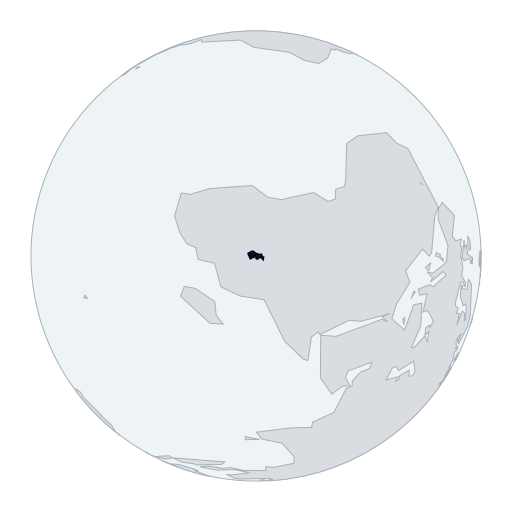 globe centered on Luapula, rotated 109°
{"feature_id": "ZMB-514", "entity_name": "Luapula", "entity_type": "Province", "adm_level": 1, "iso_a3": "ZMB", "parent_name": "Zambia", "parent_adm1": "", "projection": "orthographic", "projection_center": [29.278, -10.414], "detail": "fine", "context": "on_globe", "style": "filled", "palette": "ink", "viewbox_px": 512, "rotation_deg": 109, "n_neighbors": 0, "source": "natural_earth", "source_scale": "10m", "svg_char_len": 7767}
<svg xmlns="http://www.w3.org/2000/svg" viewBox="0 0 512 512"><g transform="rotate(109 256 256)"><circle cx="256" cy="256" r="225" fill="#eef3f6" stroke="#a8b0b8"/><path d="M32.8,225.6L32.4,230.4L34.3,233.1L34.8,241.7L34.2,248.1L35.7,248.4L35.8,252.2L45.6,252.7L53.6,259.7L55.3,273.3L52.6,291.2L59.4,326.0L56.9,340.9L62.5,355.0L71.5,377.1L69.2,378.3L76.3,386.8L80.3,393.8L80.6,395.8L86.2,402.5L86.6,403.9L90.3,407.3L99.3,417.4L106.3,423.5L114.9,431.3L119.5,434.6L119.8,435.1L122.2,437.0L125.2,439.2L122.6,437.6L110.0,427.6L98.1,416.7L87.0,405.0L76.8,392.5L67.5,379.4L59.2,365.6L51.9,351.3L45.6,336.4L40.4,321.2L36.3,305.6L33.3,289.8L31.4,273.8L30.7,257.7L31.2,241.6L32.8,225.6ZM129.8,441.8L123.9,438.5L126.0,439.7L120.6,435.5L126.2,438.6L129.8,441.8ZM116.8,430.5L114.6,427.5L116.1,428.2L118.0,430.5L116.8,430.5ZM463.5,168.2L463.5,169.6L464.7,173.1L461.6,167.0L462.3,172.2L471.8,197.7L473.2,204.2L472.0,213.0L471.1,208.0L463.0,191.6L464.9,206.6L471.2,223.3L473.5,240.4L470.1,232.8L467.4,217.8L464.5,211.5L462.8,198.1L455.7,176.8L452.1,178.2L450.0,170.4L439.7,152.7L433.2,154.6L424.5,170.7L427.2,190.7L422.5,198.4L407.1,166.9L400.0,147.7L394.6,148.4L378.7,131.5L351.6,127.4L347.7,122.7L342.6,124.3L331.4,119.1L325.3,111.8L318.6,111.9L334.8,131.5L342.0,131.7L347.9,125.0L351.1,132.1L361.9,139.4L350.3,155.4L309.9,169.0L305.9,154.1L274.6,116.0L275.4,112.1L275.3,111.6L274.9,110.8L272.2,117.2L266.7,110.4L283.6,135.6L286.5,147.1L309.4,169.9L307.3,172.2L314.6,177.2L337.9,172.9L338.1,177.9L327.2,201.2L294.7,234.1L299.0,258.1L296.6,279.0L276.3,292.9L278.1,309.6L267.7,315.6L267.0,325.2L258.6,335.7L244.6,346.0L220.7,347.2L219.2,338.3L207.3,321.7L190.6,282.4L196.6,263.9L194.4,250.3L177.2,222.2L181.0,205.8L176.4,199.6L166.9,202.3L161.5,195.1L155.8,195.6L120.0,206.9L109.3,199.0L96.9,172.8L103.5,160.0L105.0,147.3L150.6,99.5L159.9,100.0L195.4,91.1L199.8,92.0L195.2,100.8L221.6,109.7L230.5,101.9L254.8,107.4L271.1,107.2L277.7,91.3L250.8,91.1L246.6,83.8L268.4,77.5L291.9,79.3L290.9,76.6L276.4,70.2L282.1,66.0L271.4,67.9L275.5,70.5L268.9,72.1L264.8,69.8L267.0,68.2L260.0,67.1L251.4,76.1L254.6,79.8L236.1,82.0L239.7,88.5L234.6,91.9L226.5,82.2L227.6,78.6L212.3,70.0L209.5,73.8L223.8,82.5L219.2,82.0L215.5,88.4L214.7,83.2L199.9,73.8L183.4,78.0L161.8,95.8L152.3,98.8L144.6,97.5L153.1,81.6L173.4,76.8L176.7,72.2L173.1,67.3L179.6,66.6L180.6,64.3L188.3,62.9L199.7,56.6L207.7,55.3L212.7,49.3L217.4,48.1L213.1,51.7L214.3,54.0L234.1,52.4L238.1,51.1L239.8,47.6L245.0,48.0L244.1,45.0L255.7,43.7L240.8,43.0L242.3,40.0L249.6,37.9L247.4,37.1L235.6,40.7L233.2,42.5L235.5,44.0L226.9,50.0L220.0,51.5L218.9,45.6L209.0,47.5L212.5,43.0L242.4,34.2L254.6,33.1L273.6,36.1L270.5,37.2L262.1,36.5L269.4,39.3L269.0,38.0L273.4,38.7L275.9,37.0L279.1,37.5L276.2,35.3L280.4,35.8L282.2,37.1L289.6,36.0L298.5,37.2L298.7,36.8L296.3,36.0L309.2,38.7L308.7,38.3L304.3,37.2L300.5,36.0L298.8,35.1L303.4,36.0L304.6,36.4L314.0,39.3L316.5,40.9L318.2,41.3L317.1,40.2L305.6,36.6L303.3,35.9L309.3,37.4L306.9,36.7L307.2,36.7L311.8,37.8L305.5,36.2L321.4,40.4L336.9,45.8L352.1,52.2L366.7,59.8L380.7,68.4L394.0,78.0L406.7,88.5L418.5,99.9L429.4,112.2L439.5,125.2L448.5,139.0L456.5,153.3L463.5,168.2ZM134.6,121.0L133.3,124.7L134.6,121.0ZM316.8,90.5L330.8,92.6L324.3,82.8L329.1,83.0L325.1,79.9L323.8,82.1L314.0,74.1L319.9,72.4L318.1,68.9L313.3,68.1L304.0,72.7L317.9,83.8L314.8,87.2L316.8,90.5ZM178.8,55.6L181.2,56.1L177.9,58.8L167.9,62.3L172.5,58.4L178.8,55.6ZM185.4,56.5L187.1,50.7L193.4,48.9L189.6,50.8L193.5,50.1L188.5,53.1L192.8,57.8L190.2,60.6L173.1,64.5L180.1,61.4L177.3,60.8L185.4,56.5ZM180.3,45.1L181.1,44.2L193.7,41.1L191.5,42.4L181.4,45.5L178.0,45.9L180.3,45.1ZM210.4,35.4L210.2,35.4L207.7,35.9L210.4,35.4ZM204.1,36.8L202.0,37.3L200.6,37.6L198.0,38.4L197.4,38.5L193.1,39.7L196.0,39.0L177.5,44.8L204.1,36.8ZM205.1,88.5L208.5,88.6L213.9,87.8L211.7,92.1L205.1,88.5ZM194.7,82.1L197.8,81.3L197.4,86.3L193.8,86.5L194.7,82.1ZM200.0,76.9L198.1,80.8L197.0,78.8L200.0,76.9ZM216.1,51.1L219.5,50.3L219.7,51.1L217.6,52.5L216.1,51.1ZM249.1,30.8L250.2,30.8L245.2,31.2L242.8,31.2L243.9,31.1L243.2,31.1L249.1,30.8ZM272.9,93.9L268.0,96.8L265.6,95.3L267.8,94.6L272.9,93.9ZM238.2,93.8L246.0,95.6L237.5,95.0L238.2,93.8ZM250.2,30.9L249.2,30.9L252.2,30.9L250.2,30.9ZM351.0,401.5L351.6,405.1L348.5,404.9L351.0,401.5ZM334.6,277.6L318.5,314.3L308.0,313.9L306.4,302.6L312.6,280.1L324.9,274.4L331.1,264.8L334.6,277.6ZM478.1,292.6L477.8,295.4L477.6,296.4L478.1,292.6ZM478.7,287.0L478.7,289.4L478.3,289.0L478.7,287.0ZM478.6,290.9L478.6,290.4L478.6,290.5L478.6,290.9ZM478.4,285.7L475.1,278.2L473.1,272.7L474.1,269.5L477.4,275.0L478.4,285.7ZM474.0,269.2L470.1,254.3L460.9,218.4L464.3,220.7L473.1,244.8L472.7,247.6L475.0,258.6L474.0,269.2ZM480.5,237.8L480.8,242.1L481.2,252.3L481.0,259.8L480.4,269.3L479.1,264.3L478.2,260.9L477.6,247.1L478.0,241.4L478.9,243.1L479.5,227.8L479.9,231.3L480.5,237.8ZM428.2,192.9L433.2,206.3L430.3,207.5L428.2,192.9ZM478.5,221.0L478.7,222.3L478.4,220.4L478.5,221.0ZM466.8,179.0L466.0,178.5L464.9,175.4L465.3,174.3L466.8,179.0ZM289.7,33.3L285.7,33.1L286.1,33.8L291.2,35.0L282.3,33.6L281.7,32.5L289.7,33.3ZM443.4,381.0L440.3,382.6L441.8,378.0L446.3,372.0L457.2,349.8L457.2,351.0L463.2,337.1L468.0,331.7L470.2,325.7L463.0,344.9L454.0,363.4L443.4,381.0ZM480.2,278.0L480.3,276.8L481.0,266.5L481.3,259.6L480.2,278.0Z" fill="#d9dde1" stroke="#a8b0b8" stroke-width="1"/><path d="M253.3,252.6L253.2,252.4L253.1,252.2L253.0,251.9L252.8,251.8L252.6,251.7L252.4,251.5L252.5,251.4L253.0,251.1L253.4,250.8L254.0,250.2L254.5,249.5L254.7,249.2L254.7,248.8L254.5,248.5L254.5,248.4L257.2,248.0L257.0,248.3L256.9,248.4L256.9,248.5L256.7,248.5L256.4,248.7L256.3,248.9L256.3,249.0L256.2,249.0L256.1,249.3L256.0,249.7L255.9,250.1L255.7,250.2L255.6,250.3L255.5,250.6L255.4,250.6L255.3,250.8L255.6,250.9L255.6,251.0L255.8,251.0L256.0,251.2L256.1,251.3L256.3,251.4L256.2,251.6L256.3,251.8L256.3,252.0L256.2,252.0L256.2,252.3L256.3,252.5L256.5,252.6L256.8,252.8L257.0,253.0L257.4,253.1L257.5,253.1L257.8,253.2L258.0,253.2L258.1,253.3L258.2,253.5L258.3,253.6L258.5,253.7L258.5,253.8L258.5,254.0L258.4,254.3L258.5,254.6L258.4,254.8L258.3,255.2L258.2,255.3L257.9,255.2L257.7,255.2L257.6,255.3L257.3,255.5L257.2,255.5L256.9,255.6L256.8,255.8L256.6,255.9L256.6,256.0L256.5,256.3L256.5,256.5L256.4,256.7L256.3,256.8L256.2,256.9L256.0,257.0L255.6,257.3L255.6,257.8L255.4,258.0L255.6,258.3L256.0,258.6L256.4,258.8L256.4,258.7L256.5,258.5L256.4,258.3L256.3,258.2L256.2,257.9L256.3,257.9L257.4,257.3L257.5,257.3L257.9,257.5L258.0,257.6L258.1,257.8L258.3,258.1L258.4,258.4L258.1,259.9L258.3,259.7L258.5,259.5L258.6,259.4L259.2,259.3L259.3,259.3L260.5,260.2L260.5,260.3L260.5,260.5L259.8,261.5L259.7,261.6L258.1,261.8L257.9,261.9L257.9,262.0L257.9,262.3L258.0,262.4L258.0,262.5L258.1,262.8L257.8,262.9L257.6,263.0L257.4,263.1L257.2,263.0L256.8,263.1L256.7,263.2L256.7,263.4L256.7,263.5L256.8,263.7L256.8,263.8L257.0,263.8L256.9,263.9L256.9,264.0L256.7,264.0L256.5,263.9L256.3,263.8L256.1,263.8L256.0,263.7L255.9,263.7L255.6,263.7L255.4,263.7L255.4,263.8L255.3,263.7L255.2,263.7L254.7,263.0L254.6,262.9L254.4,262.8L254.4,262.7L254.2,262.5L254.1,262.4L254.0,262.2L253.9,262.2L253.7,262.2L253.4,261.9L253.2,261.8L253.2,261.7L252.9,261.4L252.8,261.1L252.7,261.0L252.7,260.9L252.6,260.7L252.5,260.4L252.4,260.3L252.4,260.1L252.5,260.1L252.6,259.8L252.8,259.7L252.7,259.5L252.8,259.4L252.9,259.2L252.9,258.9L253.0,258.9L252.9,258.9L252.9,258.7L253.0,258.5L253.0,258.4L253.0,258.2L253.2,257.9L253.2,257.7L253.3,257.5L253.4,257.4L253.5,257.2L253.8,256.9L253.7,256.9L253.7,256.6L253.5,256.4L253.5,256.2L253.5,255.9L253.4,255.7L253.5,255.7L253.4,255.4L253.3,255.2L253.5,254.9L253.5,254.5L253.5,254.2L253.6,253.8L253.6,253.7L253.8,253.6L253.7,253.5L253.6,253.4L253.5,253.2L253.4,252.9L253.3,252.7L253.3,252.6Z" fill="#0f172a" stroke="#020617" stroke-width="1.5"/></g></svg>